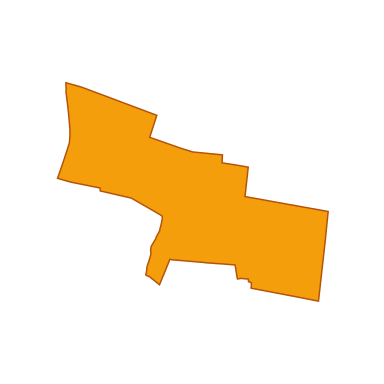 Fantanele, Teleorman, Romania (Natural Earth projection), rotated 74°
{"feature_id": "2599482B79674535262636", "entity_name": "Fantanele", "entity_type": "district", "adm_level": 2, "iso_a3": "ROU", "parent_name": "Romania", "parent_adm1": "Teleorman", "projection": "natural_earth1", "projection_center": [25.305, 43.725], "detail": "fine", "context": "isolated", "style": "filled", "palette": "amber", "viewbox_px": 384, "rotation_deg": 74, "n_neighbors": 0, "source": "geoboundaries", "source_scale": "gbopen_adm2", "svg_char_len": 1560}
<svg xmlns="http://www.w3.org/2000/svg" viewBox="0 0 384 384"><g transform="rotate(74 192 192)"><path d="M321.2,121.2L331.8,100.5L330.8,100.1L276.4,77.7L248.3,66.5L211.0,142.3L183.6,131.1L177.6,143.5L172.3,155.0L166.4,153.1L164.7,152.5L153.7,180.3L146.0,192.0L145.6,192.5L139.9,200.5L127.8,217.6L108.6,204.7L60.8,269.2L52.2,283.1L59.6,285.0L61.2,285.6L62.7,285.8L66.5,286.4L71.1,287.1L78.5,288.3L81.7,288.9L85.5,289.6L93.7,291.2L99.1,292.3L102.7,293.4L103.7,293.6L111.1,296.4L119.4,301.9L130.6,309.6L137.4,314.4L141.8,317.5L148.9,306.2L162.8,279.3L165.7,279.9L180.1,253.9L180.9,252.4L181.0,252.3L181.3,251.9L185.9,247.4L188.2,245.2L193.1,240.4L205.2,228.8L205.8,228.2L206.7,227.5L207.2,227.4L209.0,227.8L210.2,228.3L214.5,230.5L218.9,233.1L220.3,233.7L220.8,234.2L223.3,236.7L225.4,238.8L226.6,239.5L227.2,240.0L233.0,246.2L235.5,247.4L237.0,247.9L238.1,248.1L239.3,248.2L240.5,248.7L242.8,250.1L247.9,253.4L249.9,254.9L252.3,256.2L255.5,257.5L257.1,258.2L258.3,259.0L258.6,259.2L258.8,259.2L259.2,259.2L259.5,258.9L259.8,258.6L260.4,257.9L261.0,257.2L261.5,256.6L261.6,256.1L263.8,254.8L265.8,253.3L272.2,248.8L267.8,245.3L266.5,244.4L263.8,242.1L259.6,238.8L252.8,233.5L250.6,231.8L252.0,229.2L252.6,227.4L262.9,200.3L263.0,200.1L263.7,198.6L264.9,195.4L266.0,192.1L267.1,189.4L269.3,183.2L273.9,171.0L274.0,170.8L275.9,170.9L280.9,171.5L283.2,171.8L288.1,172.3L288.7,168.1L289.3,167.0L290.6,163.5L290.6,163.3L291.2,161.9L293.7,162.4L295.6,160.0L298.3,160.7L300.2,161.6L300.8,161.7L321.2,121.2Z" fill="#f59e0b" stroke="#b45309" stroke-width="1.5"/></g></svg>